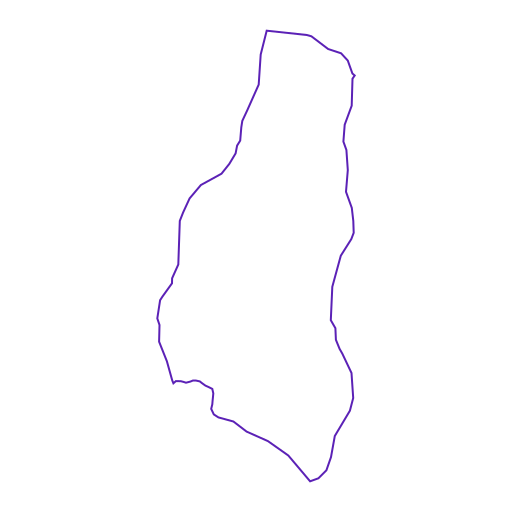 Petapa, Guatemala (Equal Earth projection)
{"feature_id": "79465075B74125992353590", "entity_name": "Petapa", "entity_type": "district", "adm_level": 2, "iso_a3": "GTM", "parent_name": "Guatemala", "parent_adm1": "", "projection": "equal_earth", "projection_center": [-90.558, 14.508], "detail": "fine", "context": "isolated", "style": "outline", "palette": "violet", "viewbox_px": 512, "rotation_deg": 0, "n_neighbors": 0, "source": "geoboundaries", "source_scale": "gbopen_adm2", "svg_char_len": 1122}
<svg xmlns="http://www.w3.org/2000/svg" viewBox="0 0 512 512"><path d="M266.7,30.7L260.7,54.5L258.7,84.6L247.3,110.2L242.3,120.9L241.3,127.3L240.2,140.6L237.1,145.6L235.6,153.4L229.3,163.9L221.5,173.7L200.9,185.0L189.6,198.4L183.1,212.5L179.8,220.9L178.3,264.5L172.1,278.3L172.0,283.3L162.5,296.5L160.1,300.2L157.3,318.4L159.5,325.0L159.1,341.7L166.9,361.3L172.2,380.3L173.4,383.3L175.9,381.1L180.8,381.2L183.5,381.9L186.0,382.7L190.3,381.6L193.0,380.5L195.7,380.5L199.8,381.4L201.8,383.0L205.4,385.6L208.5,387.0L212.3,388.9L213.3,393.4L213.0,396.7L212.6,400.6L212.3,404.3L211.2,408.9L213.8,414.4L218.4,417.4L233.4,421.5L246.6,431.6L267.9,441.1L288.3,455.5L310.1,481.3L318.4,478.3L326.4,470.3L331.0,457.1L334.8,436.0L349.9,410.7L353.2,398.0L351.5,373.0L342.3,353.6L339.6,348.9L335.9,339.8L335.4,328.2L330.8,320.2L332.3,286.8L340.8,255.7L351.3,239.1L353.7,232.8L353.3,221.0L351.8,207.9L346.0,191.8L347.8,170.1L346.4,150.0L343.4,141.6L344.7,124.7L351.7,105.7L352.5,78.7L354.7,75.5L352.4,73.5L349.5,65.4L347.8,60.6L341.1,53.3L328.1,49.0L311.4,36.3L306.8,35.0L266.7,30.7Z" fill="none" stroke="#5b21b6" stroke-width="2"/></svg>